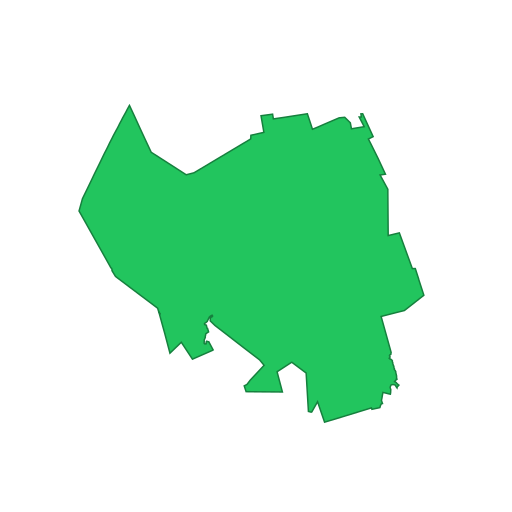 Catorce, San Luis Potosí, Mexico, rotated 340°
{"feature_id": "50627088B45897682266875", "entity_name": "Catorce", "entity_type": "district", "adm_level": 2, "iso_a3": "MEX", "parent_name": "Mexico", "parent_adm1": "San Luis Potosí", "projection": "natural_earth1", "projection_center": [-101.035, 23.645], "detail": "fine", "context": "isolated", "style": "filled", "palette": "green", "viewbox_px": 512, "rotation_deg": 340, "n_neighbors": 0, "source": "geoboundaries", "source_scale": "gbopen_adm2", "svg_char_len": 3901}
<svg xmlns="http://www.w3.org/2000/svg" viewBox="0 0 512 512"><g transform="rotate(340 256 256)"><path d="M404.1,206.1L402.3,190.0L401.6,184.5L406.9,183.9L404.9,158.8L403.2,158.3L402.5,161.4L400.5,160.7L401.9,171.5L389.2,169.1L390.2,163.1L386.8,156.0L381.4,154.6L365.5,155.5L357.8,156.0L352.4,156.2L352.6,150.8L352.9,139.9L330.2,135.4L319.2,133.1L320.1,128.4L308.7,125.9L305.7,142.5L292.5,140.8L291.9,142.2L291.7,142.8L291.3,143.6L291.0,144.2L226.2,156.6L218.2,155.8L198.9,130.4L193.0,122.7L191.5,106.0L191.5,105.7L190.7,96.5L189.6,82.6L188.6,71.2L188.2,71.5L187.7,72.0L186.3,73.2L185.6,73.8L185.5,74.0L185.3,74.1L184.9,74.4L184.5,74.8L184.1,75.2L183.0,76.2L182.1,77.0L180.6,78.3L179.1,79.6L177.6,80.9L176.9,81.6L175.6,82.8L173.0,85.1L171.5,86.6L169.1,88.8L167.8,89.9L163.1,94.1L160.8,96.3L157.2,99.6L156.8,100.0L155.6,101.2L152.5,104.2L149.0,107.4L146.0,110.3L141.3,114.9L136.2,119.8L134.1,121.8L130.8,125.0L130.2,125.6L129.1,126.7L120.8,134.8L112.6,142.7L105.1,153.2L106.4,161.0L115.2,214.9L115.6,217.6L116.1,218.2L116.0,219.6L115.9,220.8L115.7,220.8L117.0,227.2L127.5,243.4L145.7,271.4L145.5,275.2L145.4,275.6L145.5,275.6L145.9,275.7L145.8,276.2L145.8,276.4L146.2,277.4L146.1,277.6L145.4,277.3L144.4,289.4L143.8,297.2L141.9,317.9L156.3,311.5L161.0,331.2L182.7,329.8L183.6,329.6L182.3,320.4L182.0,320.4L181.7,320.2L180.6,319.2L180.4,319.2L180.0,319.5L179.4,320.5L179.2,321.4L177.9,321.2L177.6,320.7L177.4,320.3L177.6,319.7L177.9,319.2L178.6,317.2L180.5,315.2L180.5,314.8L181.7,312.9L182.1,312.1L182.6,311.8L185.5,311.1L185.7,307.5L185.4,307.4L185.3,306.9L185.7,304.0L184.3,302.9L184.5,301.9L185.3,301.6L186.2,301.4L187.8,300.8L188.1,300.5L190.1,298.5L191.4,297.3L192.9,296.8L194.5,296.6L194.7,297.6L194.0,298.1L193.0,298.2L191.9,298.7L191.5,299.5L190.8,301.3L193.7,307.3L199.6,316.6L213.1,338.0L223.9,354.9L226.2,361.5L208.1,370.7L203.6,373.6L200.5,374.0L200.3,380.1L210.4,383.9L234.3,392.8L236.2,372.0L252.5,368.2L253.3,368.1L263.1,383.1L252.1,420.0L252.7,420.4L254.4,421.6L254.6,421.5L255.1,421.6L264.0,414.0L263.6,435.6L281.3,436.6L312.5,438.2L312.5,439.7L319.5,440.7L320.6,440.8L321.7,439.2L323.2,437.8L324.4,437.9L324.4,437.2L324.5,434.6L325.8,432.5L326.8,430.7L328.5,427.8L328.6,427.6L330.0,428.5L331.5,429.5L332.8,430.4L333.7,431.0L335.0,431.8L335.7,430.6L336.5,428.7L337.0,427.5L337.0,426.1L337.0,425.6L337.3,425.0L338.1,424.1L338.5,423.6L339.0,423.4L339.7,423.4L340.0,423.5L341.3,423.9L342.2,424.5L342.6,424.8L343.1,427.2L343.4,428.2L343.9,427.4L344.3,427.1L344.9,426.9L345.0,426.8L345.9,426.3L346.1,426.2L345.8,425.8L345.5,425.2L345.3,424.9L345.1,424.5L344.8,423.9L344.6,423.5L344.6,423.1L344.4,422.8L344.2,422.5L344.1,422.4L343.9,422.2L343.7,421.9L343.5,421.7L343.3,421.5L343.2,421.4L343.3,421.3L343.5,421.2L344.3,420.9L344.6,420.7L344.9,420.6L345.7,419.9L346.2,420.1L346.4,420.0L346.4,419.8L346.0,419.4L346.1,419.1L346.4,418.8L346.6,418.2L346.8,417.5L347.1,416.8L347.1,416.3L347.2,415.7L347.3,415.1L347.3,414.6L347.4,414.1L347.5,413.3L347.6,412.9L347.8,412.3L347.7,411.7L347.6,411.3L347.4,410.8L347.3,410.6L347.3,410.0L347.2,409.8L347.5,409.5L347.5,409.1L347.4,408.1L347.5,407.6L347.7,407.3L347.7,407.0L347.8,406.6L347.7,405.8L347.7,405.5L347.7,405.0L347.7,404.6L347.7,404.1L347.8,403.7L347.9,403.4L348.0,403.1L347.9,403.0L348.0,402.8L348.0,402.6L348.0,402.2L348.0,401.8L348.1,401.5L348.3,401.1L348.2,400.8L348.1,400.3L347.9,400.0L347.7,399.7L347.5,399.3L347.3,399.0L347.0,398.9L346.7,398.7L346.4,398.2L346.3,397.8L346.2,397.7L346.4,397.5L346.6,397.4L346.6,397.5L346.8,397.5L346.9,397.3L346.9,397.1L347.1,397.0L347.4,396.8L347.5,396.3L347.4,396.1L347.3,395.4L347.7,395.2L347.9,394.7L348.6,394.6L349.0,394.6L350.0,392.8L352.9,355.6L369.3,357.2L376.8,358.0L400.3,350.3L400.9,333.5L401.0,333.2L401.4,322.3L398.6,321.3L398.6,290.5L398.6,283.3L387.2,282.0L391.6,269.6L400.8,243.7L402.7,238.4L400.3,222.3L405.6,223.4L404.1,206.1Z" fill="#22c55e" stroke="#15803d" stroke-width="1.5"/></g></svg>